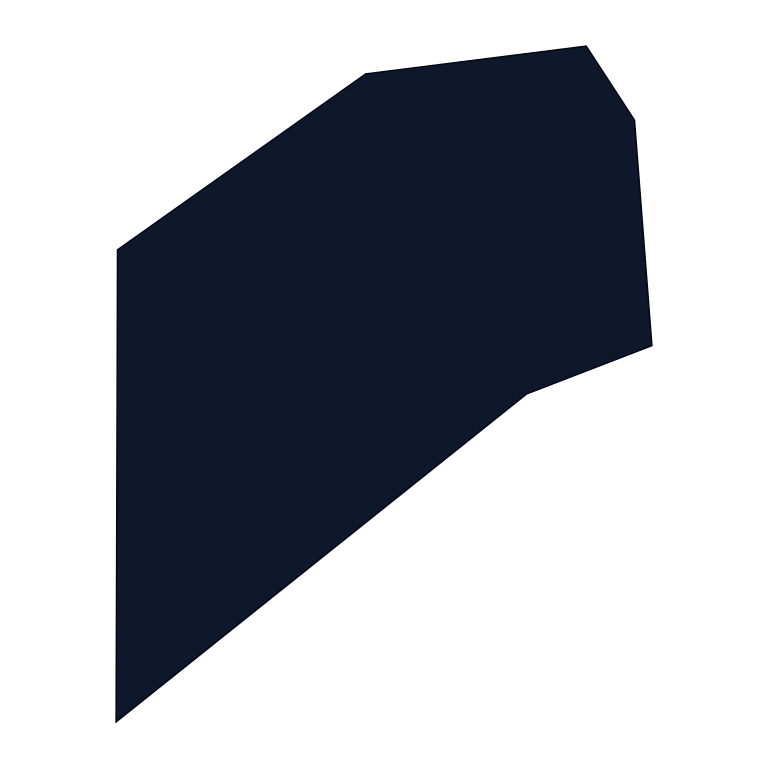 outline of The Farrington
{"feature_id": "AIA-5124", "entity_name": "The Farrington", "entity_type": "District", "adm_level": 1, "iso_a3": "AIA", "parent_name": "Anguilla", "parent_adm1": "", "projection": "equal_earth", "projection_center": [-63.044, 18.213], "detail": "fine", "context": "isolated", "style": "filled", "palette": "ink", "viewbox_px": 768, "rotation_deg": 0, "n_neighbors": 0, "source": "natural_earth", "source_scale": "10m", "svg_char_len": 238}
<svg xmlns="http://www.w3.org/2000/svg" viewBox="0 0 768 768"><path d="M651.9,345.6L526.7,393.9L116.1,721.9L117.1,404.9L117.5,249.8L365.7,73.9L586.2,46.1L634.5,120.2L651.9,345.6Z" fill="#0f172a" stroke="#020617" stroke-width="1.5"/></svg>